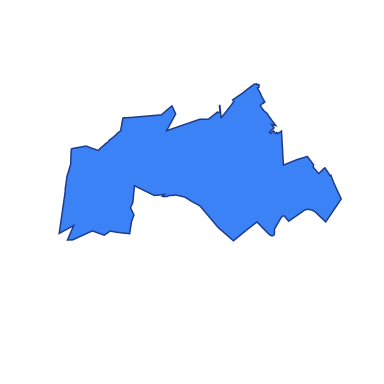 the district of Cuilápam de Guerrero, Oaxaca, Mexico, rotated 315°
{"feature_id": "50627088B62006503401579", "entity_name": "Cuilápam de Guerrero", "entity_type": "district", "adm_level": 2, "iso_a3": "MEX", "parent_name": "Mexico", "parent_adm1": "Oaxaca", "projection": "orthographic", "projection_center": [-96.785, 17.003], "detail": "fine", "context": "isolated", "style": "filled", "palette": "blue", "viewbox_px": 384, "rotation_deg": 315, "n_neighbors": 0, "source": "geoboundaries", "source_scale": "gbopen_adm2", "svg_char_len": 4638}
<svg xmlns="http://www.w3.org/2000/svg" viewBox="0 0 384 384"><g transform="rotate(315 192 192)"><path d="M195.6,90.8L192.1,93.1L191.2,93.8L190.2,94.5L189.9,94.7L188.7,95.6L188.1,95.9L187.2,96.5L186.5,97.1L186.1,97.3L184.8,98.3L184.2,98.2L183.6,98.1L182.8,98.0L182.1,97.9L181.8,97.8L181.4,97.8L180.0,97.8L178.3,97.8L175.1,97.6L172.4,97.2L171.8,97.1L170.0,96.9L168.9,97.1L168.0,97.4L167.6,97.3L165.7,96.7L162.6,96.7L160.9,96.5L160.2,96.4L157.4,96.2L155.5,96.5L154.8,95.8L153.6,93.2L153.1,92.2L151.4,88.6L150.2,85.8L149.6,84.6L145.4,81.7L138.8,77.1L137.1,76.3L135.4,77.7L134.8,78.2L128.3,84.3L127.4,85.1L125.7,86.7L123.7,87.7L120.5,89.4L119.3,90.1L114.7,92.5L107.2,98.2L104.6,100.1L103.1,101.7L68.8,127.4L84.6,132.0L79.9,133.9L70.0,137.9L73.8,141.5L94.0,149.0L99.4,160.5L106.5,161.8L111.0,168.2L118.4,177.4L128.4,170.1L134.7,167.2L137.4,159.6L142.9,157.5L151.2,150.6L155.0,147.5L155.7,146.9L162.9,167.8L166.6,170.9L169.7,173.4L170.8,174.3L168.0,174.1L168.8,175.3L169.2,175.7L171.0,177.4L173.4,178.3L175.4,180.3L176.9,181.6L178.4,182.6L183.4,190.6L184.9,197.4L185.1,198.2L185.4,199.3L186.7,203.5L187.6,206.8L187.8,207.6L187.4,212.3L187.2,214.9L185.4,235.6L185.4,235.9L185.5,237.6L186.4,249.7L186.6,252.8L186.8,255.8L195.8,256.7L197.0,256.8L200.8,257.2L203.0,257.4L205.1,257.7L205.8,257.7L210.3,258.3L216.7,259.1L216.7,264.4L216.6,267.5L216.6,270.3L216.6,273.9L216.6,274.5L216.6,275.1L216.6,275.8L216.6,276.3L216.7,277.2L216.8,277.9L216.9,278.2L217.3,278.9L217.7,279.7L218.5,280.1L219.3,280.4L220.3,280.1L221.2,279.4L222.5,278.2L224.0,276.6L237.3,273.0L238.1,273.2L239.1,273.1L239.8,273.7L240.3,274.2L240.0,277.6L239.7,281.0L258.2,284.3L259.9,284.8L261.9,286.4L264.0,289.5L265.0,292.7L265.4,307.7L292.6,302.4L298.4,286.6L300.6,281.5L302.1,278.4L301.9,278.3L301.7,278.3L301.2,278.3L301.6,276.2L301.7,275.8L302.1,273.8L302.4,272.3L302.6,271.3L302.8,270.2L303.0,269.3L303.1,268.9L302.8,268.8L302.3,268.7L301.5,268.6L296.8,268.6L294.7,268.5L294.7,267.4L294.8,266.2L294.8,265.9L294.9,265.3L294.9,265.0L295.0,263.9L295.0,263.4L295.1,262.3L295.1,261.8L295.2,261.4L295.2,261.1L295.2,260.8L295.3,260.1L295.5,259.9L295.8,259.7L296.4,259.3L297.1,258.8L297.2,258.7L297.3,258.3L297.4,257.7L297.4,257.4L297.5,256.9L297.5,256.7L297.7,255.4L297.7,255.2L297.8,254.7L297.9,254.1L298.0,253.6L298.0,252.9L298.1,252.6L298.1,252.4L298.2,251.8L298.3,251.2L298.4,250.7L298.5,250.0L298.7,248.4L298.1,248.1L297.5,247.8L289.5,243.5L285.5,241.8L284.7,241.4L284.2,241.2L283.9,241.1L283.5,240.9L283.1,240.8L282.6,240.5L282.3,240.4L281.9,240.3L280.6,239.7L279.9,239.4L279.3,239.1L278.0,238.6L275.7,237.6L277.2,235.9L278.5,234.5L279.0,233.8L279.6,233.2L280.4,232.3L280.7,231.9L283.1,229.3L283.7,228.6L284.0,228.3L285.7,226.4L286.8,225.2L288.0,223.8L289.0,222.7L291.0,220.4L291.2,220.2L292.4,218.8L294.2,216.9L295.4,215.5L296.3,214.5L297.0,213.7L297.9,212.8L298.4,212.2L293.9,211.4L294.1,209.9L292.4,209.9L292.9,206.4L289.0,206.2L289.3,204.4L295.4,204.7L296.0,200.5L298.2,204.3L298.7,200.6L299.2,197.1L299.7,194.6L299.8,193.5L299.9,192.5L300.2,191.5L300.3,191.3L300.3,191.2L300.5,190.3L300.6,189.5L300.6,188.2L300.3,186.3L300.2,185.9L300.4,184.0L300.5,184.0L300.4,183.7L301.5,179.1L302.5,179.1L303.4,179.2L303.7,179.2L304.5,179.3L305.4,179.3L305.3,179.7L307.1,179.9L307.2,179.3L307.5,178.6L307.6,178.1L307.8,177.3L308.1,176.2L308.5,175.0L308.7,174.1L308.7,173.9L308.8,173.8L309.0,173.2L309.7,171.6L310.3,170.3L310.3,170.2L311.2,166.8L311.6,165.2L311.7,164.9L311.9,164.6L313.3,165.3L314.1,164.6L314.5,164.2L315.2,163.8L315.1,163.6L314.7,162.8L314.6,162.5L314.0,161.2L313.6,161.5L313.2,160.8L312.8,160.1L312.5,159.8L312.1,159.7L311.1,159.6L310.8,159.6L309.4,159.3L308.5,159.1L308.1,159.0L305.6,158.8L304.0,158.5L303.6,158.5L297.6,157.8L297.1,157.8L295.4,157.4L285.9,155.6L285.6,157.5L282.8,158.0L281.8,158.2L281.4,158.3L278.6,158.6L278.3,158.7L277.9,158.7L277.1,158.8L275.7,159.0L273.1,159.3L272.2,159.4L271.2,159.5L270.2,159.6L268.1,159.8L265.9,160.1L265.3,160.2L265.2,159.9L265.6,159.4L265.8,159.2L268.5,155.9L271.8,151.8L273.2,150.1L272.7,150.3L272.4,150.5L272.2,150.6L272.0,150.8L271.9,151.0L271.7,151.2L271.6,151.3L271.5,151.5L271.4,151.6L271.1,152.0L270.8,152.3L270.7,152.5L270.3,153.0L268.1,155.6L267.4,154.8L266.8,154.0L266.2,153.4L265.7,153.8L265.3,153.3L254.9,152.1L253.1,150.2L251.3,148.4L249.0,146.1L217.4,130.7L235.7,125.2L238.7,117.0L235.6,116.6L230.8,116.2L224.8,115.8L222.1,113.4L215.9,108.2L213.5,106.2L212.2,105.1L210.8,103.9L209.5,102.8L209.4,102.7L208.5,102.0L206.2,100.0L205.5,99.5L203.9,98.1L202.7,97.2L202.1,96.7L201.3,96.0L201.2,95.8L200.8,95.4L200.1,94.8L197.7,92.7L197.1,92.2L195.6,90.8Z" fill="#3b82f6" stroke="#1e3a8a" stroke-width="1.5"/></g></svg>